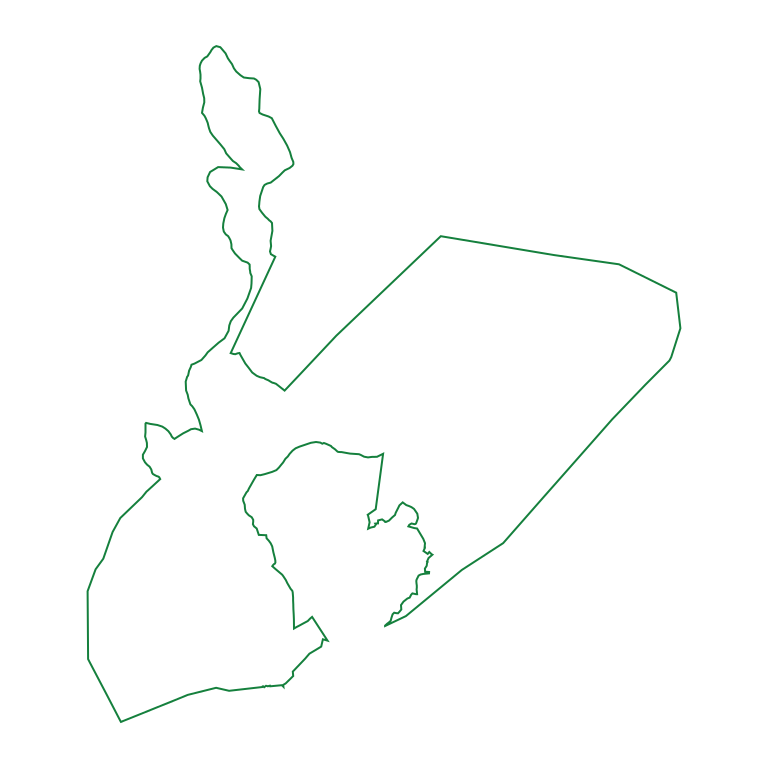 the district of Santa María Chachoápam, Oaxaca, Mexico
{"feature_id": "50627088B31666946038790", "entity_name": "Santa María Chachoápam", "entity_type": "district", "adm_level": 2, "iso_a3": "MEX", "parent_name": "Mexico", "parent_adm1": "Oaxaca", "projection": "albers", "projection_center": [-97.276, 17.574], "detail": "fine", "context": "isolated", "style": "outline", "palette": "green", "viewbox_px": 768, "rotation_deg": 0, "n_neighbors": 0, "source": "geoboundaries", "source_scale": "gbopen_adm2", "svg_char_len": 5608}
<svg xmlns="http://www.w3.org/2000/svg" viewBox="0 0 768 768"><path d="M160.2,479.1L147.9,490.4L146.5,491.6L142.0,497.2L120.3,518.0L112.6,532.0L103.3,558.7L95.6,569.3L87.6,591.2L88.1,659.1L90.0,662.8L106.9,695.0L120.2,720.6L120.9,721.9L139.1,714.6L156.9,707.4L174.3,700.4L187.7,694.9L216.1,687.8L229.1,690.8L262.5,687.0L262.6,686.9L262.7,686.4L263.2,686.3L264.2,687.2L266.0,685.8L267.0,686.0L267.8,686.3L269.4,685.8L270.0,685.7L270.2,686.3L281.8,685.2L283.1,686.4L283.4,686.7L283.2,684.9L285.7,683.4L293.2,676.0L292.8,671.6L305.1,658.7L309.4,653.7L321.2,646.6L322.9,639.3L327.5,640.6L312.1,616.9L310.0,618.7L307.7,621.1L306.7,621.6L302.6,623.8L299.7,625.4L296.6,627.0L294.0,628.5L293.9,619.4L293.7,614.4L293.4,609.2L293.3,605.5L293.3,604.6L293.1,600.5L293.1,597.5L292.7,592.3L292.3,590.8L290.6,588.8L288.8,585.7L287.4,583.3L285.8,580.0L283.3,576.2L282.2,574.7L275.2,568.8L272.3,566.2L272.9,565.3L273.9,564.2L274.9,563.6L275.4,562.5L275.3,560.4L274.7,557.5L273.4,552.4L272.2,546.4L270.7,543.3L268.8,540.7L266.6,538.3L266.2,535.2L258.8,534.9L256.7,528.5L254.0,526.3L252.9,524.2L253.2,521.8L253.2,519.8L251.7,517.2L248.8,515.3L247.1,513.5L245.7,511.8L245.0,508.8L244.7,504.7L243.2,500.8L243.1,498.3L246.5,492.3L247.8,491.0L248.9,488.6L254.0,479.6L256.8,475.0L260.4,475.2L264.5,474.2L272.1,471.9L276.4,470.1L279.0,467.5L281.0,465.0L283.1,462.5L285.4,458.8L287.8,456.5L289.6,453.9L292.6,450.6L295.6,448.3L299.6,446.6L310.9,442.8L316.0,442.0L320.3,442.6L322.3,443.7L323.9,443.0L326.1,443.8L328.8,445.0L331.0,446.0L331.9,447.1L334.9,449.2L337.6,451.7L338.9,452.0L341.7,452.1L347.2,453.1L350.1,453.6L359.0,454.2L360.7,454.9L364.1,456.7L368.0,457.4L371.9,456.9L377.0,456.8L383.1,453.8L375.7,509.2L367.7,514.8L368.1,515.7L369.6,522.3L368.2,528.7L370.6,527.6L374.4,526.7L375.9,524.5L375.3,523.6L376.8,523.4L378.0,523.4L378.1,520.4L382.1,519.4L385.2,521.6L385.2,521.9L385.8,522.0L389.0,520.6L392.2,517.4L395.0,515.0L395.7,512.8L398.4,507.5L399.4,505.4L402.7,502.4L406.3,505.1L408.9,506.0L411.4,507.1L414.0,508.9L417.3,513.7L418.0,517.9L417.5,519.5L416.1,523.3L415.6,523.9L414.6,524.2L411.5,523.5L409.3,524.8L408.4,526.4L414.4,528.1L417.1,528.5L420.2,533.7L423.3,538.9L425.0,543.2L424.6,547.4L424.9,547.4L424.9,547.9L423.5,551.0L427.7,553.9L429.3,552.0L431.7,554.3L432.4,554.7L428.6,558.0L427.7,560.0L427.0,561.6L427.6,562.0L427.0,563.2L426.9,564.3L426.7,565.8L424.9,568.6L425.1,571.7L429.1,572.0L429.0,573.4L423.5,573.9L420.6,574.5L418.6,575.6L416.6,579.6L416.3,581.0L416.5,583.4L416.8,585.6L416.8,587.8L416.6,589.3L417.1,594.2L416.1,594.2L412.4,593.4L411.1,594.8L409.7,597.6L407.4,598.5L403.5,601.6L401.0,605.1L401.3,609.5L399.5,611.7L398.0,613.3L396.0,613.1L394.2,612.7L392.6,614.3L391.4,618.0L390.7,620.8L388.6,622.7L387.3,623.6L385.1,625.6L385.1,626.0L405.9,616.1L461.9,569.9L503.2,543.1L543.5,497.2L565.5,472.3L590.2,444.3L612.3,419.2L645.1,385.0L669.4,360.6L671.2,357.2L680.4,328.3L676.2,292.7L619.0,264.3L553.6,255.0L440.8,236.2L336.3,335.7L298.7,375.7L284.6,390.6L276.0,383.8L273.5,382.9L272.4,382.7L270.3,381.5L268.4,380.3L265.3,379.0L264.1,378.1L260.0,377.2L256.7,375.8L252.2,372.5L248.6,367.7L245.3,363.5L240.5,355.1L239.5,353.0L237.4,353.4L235.3,354.2L233.5,354.0L230.7,353.1L275.3,256.7L270.9,254.2L270.0,251.4L270.6,248.7L271.1,246.1L270.6,240.8L272.4,230.9L272.0,223.0L270.6,221.3L269.3,220.4L267.8,218.8L265.3,216.7L262.0,212.7L259.4,209.1L259.0,206.3L259.2,204.5L259.4,201.7L260.2,196.0L263.2,187.0L264.6,184.9L267.3,183.5L270.7,182.6L279.0,176.1L282.3,172.7L284.8,170.3L289.6,168.0L292.5,165.7L293.4,164.1L293.3,161.9L291.6,157.9L290.0,152.1L287.1,145.5L283.3,138.7L279.8,133.3L278.0,130.0L275.7,125.8L271.8,118.2L268.6,116.5L262.6,114.5L259.6,113.0L259.0,111.4L259.3,108.7L259.4,105.3L259.6,99.3L260.3,89.1L258.6,82.1L256.3,79.8L254.0,78.5L249.3,78.2L243.8,77.5L240.4,75.2L236.2,71.5L233.9,68.3L232.0,64.1L229.8,61.1L227.9,58.3L225.6,53.4L221.1,48.1L220.3,47.2L216.2,46.1L213.3,47.7L213.1,48.1L211.6,49.9L210.3,52.2L207.3,56.4L204.6,57.9L202.0,60.6L200.6,63.3L199.8,65.8L199.6,68.9L200.1,71.6L200.5,74.7L200.5,78.6L200.2,81.3L201.1,84.5L202.0,87.7L203.1,93.7L204.2,98.2L204.3,102.3L202.9,107.7L202.0,112.9L204.4,115.7L205.7,118.1L206.9,120.9L207.7,122.9L208.4,125.9L209.0,128.2L210.3,131.9L212.8,135.6L216.6,140.0L220.4,144.4L224.3,149.2L225.3,151.4L226.2,153.4L231.1,159.0L232.9,161.0L236.2,163.2L238.7,165.7L239.9,167.3L242.1,169.4L230.6,167.6L218.1,167.1L210.1,172.0L207.6,177.3L207.3,181.3L209.9,186.2L212.6,188.9L216.8,192.0L221.5,196.5L225.8,204.1L227.6,210.0L225.9,213.9L224.4,218.1L223.3,223.4L223.0,227.6L223.8,231.6L225.8,234.4L228.2,236.2L229.5,238.4L230.5,240.4L231.4,244.2L231.5,248.2L232.8,250.3L235.0,253.5L239.6,258.2L242.2,260.7L247.6,262.6L249.6,264.5L249.7,266.3L249.7,268.8L250.2,271.7L250.3,273.0L251.7,276.3L251.6,280.4L251.5,283.6L251.1,288.0L247.4,298.5L242.2,308.5L233.4,317.6L230.8,321.2L229.3,325.4L228.6,330.8L224.5,338.3L218.6,342.7L212.9,347.7L207.7,352.3L205.4,355.5L201.4,360.0L194.5,363.6L191.5,364.7L190.8,367.0L189.1,370.7L188.1,375.5L187.1,376.9L185.7,381.6L186.1,390.5L187.7,394.7L188.4,398.4L190.4,404.4L192.2,406.2L194.4,409.3L196.8,414.5L198.9,419.6L200.5,425.2L201.9,431.1L199.0,429.7L195.1,428.6L191.0,429.2L188.4,430.7L183.2,433.3L177.2,437.1L174.5,438.9L173.0,437.9L171.8,436.6L170.8,434.5L168.4,431.2L165.4,428.6L162.3,426.6L157.4,425.0L150.2,423.9L146.1,422.9L145.5,423.6L145.5,432.4L145.1,436.5L146.2,440.1L146.9,442.9L147.0,447.0L145.0,451.1L142.9,454.7L142.9,458.4L145.0,462.3L147.1,464.7L149.6,466.7L151.3,469.5L152.1,472.8L152.9,474.0L154.8,475.1L156.5,476.0L158.1,476.5L159.2,477.2L160.2,479.1Z" fill="none" stroke="#15803d" stroke-width="2"/></svg>